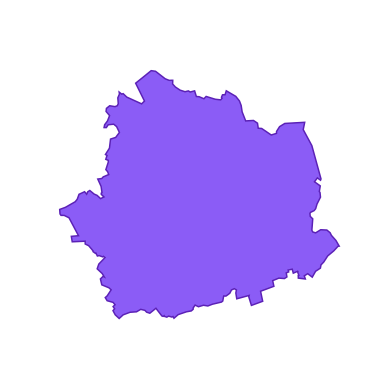 outline of Kilkenny Lea-7, Kilkenny, Ireland, rotated 338°
{"feature_id": "5873133B31102930937386", "entity_name": "Kilkenny Lea-7", "entity_type": "district", "adm_level": 2, "iso_a3": "IRL", "parent_name": "Ireland", "parent_adm1": "Kilkenny", "projection": "mercator", "projection_center": [-7.278, 52.671], "detail": "fine", "context": "isolated", "style": "filled", "palette": "violet", "viewbox_px": 384, "rotation_deg": 338, "n_neighbors": 0, "source": "geoboundaries", "source_scale": "gbopen_adm2", "svg_char_len": 2812}
<svg xmlns="http://www.w3.org/2000/svg" viewBox="0 0 384 384"><g transform="rotate(338 192 192)"><path d="M117.6,295.6L118.6,296.5L119.8,296.3L119.7,296.9L121.8,298.6L123.8,298.3L126.5,300.4L127.7,300.3L128.0,302.3L133.3,300.5L142.0,301.0L146.8,302.0L149.1,301.2L149.7,299.9L152.5,298.0L155.0,300.8L160.2,301.3L164.0,303.6L169.0,303.7L178.1,305.1L179.7,304.6L182.4,300.3L184.5,301.2L186.3,300.8L189.2,300.0L191.9,297.6L195.0,297.5L196.5,299.4L194.8,302.1L193.5,307.8L206.2,309.3L205.4,310.3L204.6,319.4L216.6,319.8L218.4,309.7L232.6,310.1L233.6,304.4L240.3,304.4L245.3,306.9L248.2,306.3L249.1,302.3L251.7,302.3L251.9,300.4L256.0,301.1L255.5,305.2L260.9,305.1L260.0,305.6L259.8,309.3L259.2,309.3L258.3,311.7L264.5,315.1L264.7,311.8L268.7,311.1L271.6,316.0L276.9,311.8L282.5,310.7L284.3,307.9L287.9,306.3L293.9,302.1L301.4,299.7L307.1,297.0L308.2,297.3L307.3,290.9L305.0,284.4L304.8,281.5L302.8,277.8L297.2,275.2L291.3,276.2L289.0,274.3L288.8,272.4L293.9,262.1L292.5,258.9L293.3,256.0L294.3,255.3L298.3,255.0L300.4,253.8L303.4,250.0L309.2,244.9L310.5,240.4L310.2,239.3L313.2,234.4L309.4,228.4L313.5,225.9L315.6,229.2L316.5,228.2L320.5,193.9L318.5,175.8L322.6,169.6L303.7,163.2L297.7,164.2L293.1,167.5L292.3,169.3L286.8,168.8L280.4,159.2L277.3,157.7L278.5,152.7L275.8,148.7L268.4,146.2L268.5,136.5L270.0,130.2L270.1,125.4L268.4,119.7L261.7,111.0L259.1,114.2L256.7,113.3L254.8,115.2L255.0,116.3L253.1,117.3L248.3,114.7L240.9,108.7L238.0,110.0L234.3,106.3L231.8,105.1L232.3,99.2L227.8,98.6L226.5,96.9L223.1,96.4L219.1,93.1L215.9,88.4L214.5,84.6L216.0,81.2L212.6,79.9L209.5,76.9L203.4,66.4L199.6,64.2L180.5,70.0L182.0,89.9L178.3,91.4L167.1,79.6L165.0,75.0L163.5,74.9L161.9,72.1L161.4,74.0L158.5,76.9L156.7,82.5L155.1,84.0L152.6,84.0L148.0,81.2L144.0,82.4L142.5,85.1L144.2,90.3L140.2,94.5L136.2,96.9L134.6,99.3L136.7,100.2L139.5,98.3L144.8,99.8L146.6,103.1L147.0,109.6L141.7,112.8L136.3,112.4L131.9,120.4L125.8,124.8L126.9,126.3L124.3,129.4L126.2,131.3L125.6,132.9L120.5,139.0L121.4,141.6L121.3,144.6L115.4,144.7L113.4,145.7L109.5,144.7L109.8,152.8L108.3,158.9L107.4,159.1L107.0,160.2L108.5,163.6L104.8,163.9L102.7,159.5L100.5,157.3L97.8,152.3L95.5,152.7L93.5,154.6L92.5,151.5L86.4,151.8L82.9,155.7L80.0,157.3L68.8,158.8L62.8,158.6L61.4,162.9L61.8,164.6L64.7,165.8L68.3,169.8L70.4,190.0L63.5,187.9L62.3,193.3L74.5,197.6L73.5,200.2L76.1,203.1L78.2,209.5L77.9,210.2L79.4,212.6L80.0,212.6L80.3,215.9L82.1,216.2L84.9,218.7L85.8,218.5L86.8,220.2L78.6,223.9L75.3,227.7L78.2,234.0L78.8,237.8L78.0,236.9L74.5,238.3L73.6,244.3L79.1,249.7L80.4,252.4L74.5,256.5L72.0,257.4L72.6,261.0L77.5,264.8L78.4,267.7L75.9,268.7L76.5,271.3L74.3,272.4L74.8,277.1L77.1,282.0L82.2,280.1L89.5,280.3L95.7,282.3L100.5,281.6L104.0,284.1L104.9,286.4L107.5,288.6L115.0,286.3L117.6,295.6Z" fill="#8b5cf6" stroke="#5b21b6" stroke-width="1.5"/></g></svg>